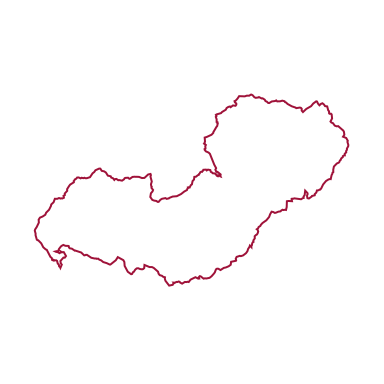 outline of Manzalesti, Buzau, Romania, rotated 264°
{"feature_id": "2599482B39900839669383", "entity_name": "Manzalesti", "entity_type": "district", "adm_level": 2, "iso_a3": "ROU", "parent_name": "Romania", "parent_adm1": "Buzau", "projection": "equal_earth", "projection_center": [26.631, 45.541], "detail": "fine", "context": "isolated", "style": "outline", "palette": "rose", "viewbox_px": 384, "rotation_deg": 264, "n_neighbors": 0, "source": "geoboundaries", "source_scale": "gbopen_adm2", "svg_char_len": 6057}
<svg xmlns="http://www.w3.org/2000/svg" viewBox="0 0 384 384"><g transform="rotate(264 192 192)"><path d="M226.6,352.3L229.6,351.0L231.2,348.0L233.0,349.5L236.0,349.4L237.2,348.9L242.2,344.3L242.2,342.7L243.1,340.9L245.7,339.4L246.5,337.9L247.6,337.1L250.5,339.0L254.6,339.0L255.4,338.3L255.3,337.3L255.8,336.6L258.0,336.7L259.0,336.0L263.0,335.4L263.5,333.3L265.2,332.4L266.6,331.0L266.2,329.5L264.9,327.8L266.8,326.5L268.9,325.8L269.2,325.0L267.3,321.8L264.9,319.4L262.7,314.4L259.9,310.7L261.5,309.6L263.4,309.8L264.3,309.1L264.7,308.1L264.5,304.4L265.1,303.9L266.8,300.2L269.6,296.2L271.1,295.0L271.7,293.9L272.6,293.5L273.4,291.3L273.0,289.2L273.2,286.2L274.3,285.3L273.8,284.3L273.7,280.8L272.4,278.1L272.6,277.1L274.1,275.8L274.7,274.6L276.2,274.0L277.8,272.0L277.7,271.2L279.4,268.5L279.1,268.0L279.0,265.2L279.8,263.9L281.8,262.5L282.6,261.4L282.7,260.8L281.8,258.9L282.1,256.6L281.6,254.5L282.4,248.9L280.1,247.0L278.3,245.0L277.9,243.8L276.8,244.0L275.4,245.3L274.2,245.2L273.2,244.3L273.8,241.8L272.3,239.3L273.1,238.7L272.8,237.0L271.9,235.2L270.3,234.2L268.4,230.2L267.4,229.1L266.6,224.5L266.2,223.8L265.0,224.3L264.2,223.5L261.8,224.1L259.1,223.8L258.8,224.6L257.7,224.4L257.5,224.8L254.9,223.9L254.3,223.2L249.3,219.5L248.5,219.3L246.9,217.4L245.2,212.4L244.8,210.3L240.8,210.2L240.0,209.7L239.4,209.8L238.8,209.1L237.3,210.7L236.2,210.0L234.0,210.0L233.7,209.9L233.4,209.0L232.6,209.0L231.0,210.0L229.5,212.6L228.1,213.8L216.8,217.0L213.2,218.5L211.8,217.6L210.1,218.1L209.4,218.6L209.4,219.4L206.5,222.3L206.0,222.3L205.4,221.7L204.5,222.0L204.7,221.6L205.9,220.9L205.9,220.3L204.9,219.6L205.0,219.2L205.6,218.4L206.9,218.3L206.9,217.5L208.0,216.9L208.5,214.5L209.4,213.9L210.1,212.8L211.9,212.5L212.6,210.2L211.9,208.9L212.8,208.3L212.9,205.6L211.9,205.1L211.6,204.5L211.0,204.1L211.2,203.3L210.8,202.3L209.5,201.5L209.2,200.9L208.3,200.5L208.1,199.5L206.8,197.6L206.8,195.9L204.2,195.3L202.8,193.7L199.6,192.7L198.9,191.5L196.7,190.1L197.1,189.1L197.0,188.4L196.3,188.5L195.8,187.8L194.5,187.2L193.3,184.4L191.1,180.9L189.4,176.4L189.5,172.3L188.5,168.8L188.1,168.4L187.8,166.1L188.7,165.0L188.4,161.5L187.6,159.8L185.7,157.8L185.8,156.7L186.8,155.7L187.4,153.5L188.3,151.7L191.4,150.0L195.0,151.0L196.7,152.8L198.1,153.5L200.4,152.1L201.5,152.5L202.1,152.1L204.0,152.0L206.6,153.1L211.6,152.3L213.1,152.9L214.3,152.6L214.0,150.2L211.0,146.2L211.1,143.7L212.6,140.8L213.2,136.2L213.2,134.4L211.6,131.5L211.8,130.9L212.9,129.9L213.0,127.1L212.7,126.4L211.7,125.7L210.6,123.6L211.5,120.8L211.4,119.9L212.9,118.2L212.9,116.9L212.1,116.0L213.9,114.9L214.8,113.2L216.1,112.8L217.1,110.0L220.4,108.4L221.7,106.8L222.5,104.4L224.8,103.3L225.0,102.1L223.7,98.2L222.1,96.9L221.0,95.1L217.4,92.1L216.7,88.7L216.9,87.3L217.4,86.5L217.1,85.4L217.7,83.7L217.2,82.7L218.3,80.8L218.4,79.3L217.3,78.2L216.7,76.7L215.6,76.1L215.2,75.5L214.0,75.5L212.1,71.6L210.7,70.3L207.9,68.1L206.2,68.0L203.8,65.3L202.2,65.2L201.6,63.8L199.7,64.0L199.1,62.3L199.4,61.2L199.2,60.6L199.9,59.1L199.3,57.3L199.6,54.9L196.3,53.3L194.3,50.7L192.9,50.3L189.3,48.0L186.7,44.8L184.7,43.7L183.2,40.8L182.4,38.1L180.5,36.6L177.6,36.5L173.4,33.9L171.2,32.1L170.0,31.6L167.0,32.1L165.4,31.9L160.8,32.7L160.2,33.4L160.1,34.0L156.7,36.7L152.6,38.3L150.2,40.5L149.7,41.5L142.3,44.4L140.9,45.7L139.0,45.8L138.3,47.2L138.9,47.4L138.4,48.3L138.2,49.9L137.6,50.6L134.8,51.0L133.9,51.9L131.9,52.1L131.0,53.0L130.3,53.2L133.4,54.9L134.7,54.1L137.1,53.9L140.2,57.3L140.0,58.6L141.5,60.0L145.6,58.2L145.8,56.2L146.5,55.3L145.6,55.6L145.6,55.0L145.0,53.9L146.4,51.9L146.6,50.7L147.1,49.9L147.3,51.4L146.9,52.6L149.2,53.7L151.4,55.8L152.0,56.6L152.8,58.5L151.7,60.5L151.3,63.4L151.0,63.8L149.8,63.8L148.8,64.5L148.2,66.6L145.9,69.3L146.0,69.7L143.4,75.5L140.3,78.1L140.2,78.7L140.6,79.8L140.5,80.9L137.1,85.0L136.0,88.3L135.9,89.7L135.5,90.2L135.5,91.8L134.4,92.7L133.5,94.5L131.6,96.4L130.2,99.7L128.5,102.5L128.4,103.3L132.1,109.1L135.0,111.4L131.4,116.6L129.5,117.4L125.5,117.3L119.4,119.8L116.6,122.9L116.8,123.9L118.4,124.9L118.7,125.8L120.7,127.4L121.8,129.0L121.8,130.5L120.8,132.3L120.3,134.3L120.5,135.4L121.3,136.5L124.4,137.1L121.8,141.9L121.5,144.4L120.5,146.0L116.3,149.9L114.3,150.2L112.7,151.2L111.8,153.4L110.7,154.4L110.0,156.2L108.7,155.9L106.5,156.3L101.3,159.5L101.7,163.1L102.8,163.8L103.2,164.7L103.8,164.3L103.6,165.7L104.2,167.1L104.0,168.3L104.4,169.3L104.0,170.3L103.1,170.8L101.9,172.6L103.3,175.5L103.0,177.0L103.2,178.2L102.8,179.3L105.0,181.4L106.9,186.5L105.2,189.1L105.2,190.1L106.5,189.8L107.5,190.9L107.2,191.8L104.6,194.5L104.8,195.7L104.5,197.3L104.8,200.5L106.2,202.7L108.5,205.2L109.7,206.3L112.1,207.5L113.0,208.3L113.1,209.3L112.9,210.2L111.4,212.2L113.2,215.7L113.4,217.7L114.3,220.7L115.6,222.9L118.5,223.6L119.0,228.5L119.5,228.8L121.0,228.5L122.8,229.6L123.5,232.9L123.1,233.9L123.6,236.2L125.5,239.3L127.3,240.9L129.6,241.9L131.1,243.2L132.7,244.0L131.0,245.3L132.3,245.4L132.8,246.0L134.7,246.5L135.8,247.3L135.9,247.9L137.5,248.0L139.3,249.6L141.4,249.7L142.4,250.9L143.0,252.2L144.3,253.1L145.8,253.7L147.5,253.3L148.2,252.6L148.9,253.9L150.2,254.6L151.1,256.4L152.2,257.1L153.8,258.9L156.1,263.0L159.1,266.1L161.6,267.3L164.1,269.1L163.5,270.9L162.6,272.0L162.6,273.1L163.4,275.8L163.5,278.0L164.3,278.9L164.9,280.2L164.5,281.0L164.6,282.7L164.3,283.6L167.1,284.6L172.9,285.4L173.0,286.9L172.4,290.5L174.7,290.3L174.9,290.7L174.7,292.1L175.0,293.0L173.4,299.7L174.4,301.8L174.4,302.4L175.8,302.5L177.1,303.7L181.5,304.7L178.9,306.7L177.9,306.8L176.6,306.1L175.2,306.0L173.8,306.2L173.3,307.6L175.0,310.6L175.5,310.9L175.9,313.7L177.1,313.9L178.5,315.6L180.5,316.4L180.4,317.4L180.6,318.3L181.1,319.1L181.0,319.8L182.1,320.9L185.8,323.2L188.9,326.4L190.2,329.0L190.5,330.6L190.3,331.3L194.2,332.6L195.5,333.5L196.6,333.8L197.0,334.6L199.4,334.8L202.5,335.8L205.2,339.0L205.9,341.1L206.5,341.7L207.9,342.4L208.3,343.2L209.8,343.9L210.9,345.6L211.9,345.8L212.6,347.3L212.5,347.8L214.1,347.9L215.3,349.5L216.5,349.5L217.8,350.5L219.0,350.6L221.1,352.1L222.4,352.4L225.6,351.8L226.6,352.3Z" fill="none" stroke="#9f1239" stroke-width="2"/></g></svg>